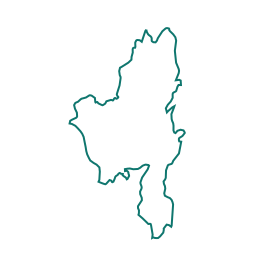 Gelderland, Natural Earth projection, rotated 279°
{"feature_id": "NLD-896", "entity_name": "Gelderland", "entity_type": "Province", "adm_level": 1, "iso_a3": "NLD", "parent_name": "Netherlands", "parent_adm1": "", "projection": "natural_earth1", "projection_center": [5.899, 52.128], "detail": "fine", "context": "isolated", "style": "outline", "palette": "teal", "viewbox_px": 256, "rotation_deg": 279, "n_neighbors": 0, "source": "natural_earth", "source_scale": "10m", "svg_char_len": 3560}
<svg xmlns="http://www.w3.org/2000/svg" viewBox="0 0 256 256"><g transform="rotate(279 128 128)"><path d="M228.1,130.8L227.4,130.9L225.6,131.7L223.6,133.3L223.0,134.2L222.0,136.1L221.1,137.0L219.7,137.5L218.5,137.6L217.5,138.0L216.7,139.6L216.9,141.8L218.8,142.9L221.3,143.4L228.9,146.8L231.9,149.3L232.5,150.0L232.8,151.0L232.7,152.8L232.1,153.3L231.2,153.4L230.3,154.2L227.6,158.0L225.0,160.6L221.8,161.9L211.6,162.2L200.0,165.3L194.3,168.8L192.4,169.5L190.1,169.5L182.6,167.8L183.6,171.1L183.1,172.6L178.7,173.6L178.4,171.2L176.5,170.4L172.1,169.8L171.5,169.3L170.2,167.5L169.4,166.9L168.4,166.8L164.8,167.4L160.9,166.1L157.2,163.7L153.4,162.3L149.5,164.0L150.9,164.9L155.3,168.5L156.8,170.4L155.0,170.1L152.2,169.5L148.5,168.7L143.7,169.7L142.1,170.4L139.7,171.9L137.4,172.6L132.7,173.3L130.8,174.4L130.4,175.7L133.0,177.3L134.5,180.2L134.3,183.2L132.5,184.7L132.3,184.7L131.9,184.8L128.9,183.2L128.5,182.9L126.5,180.6L125.9,180.1L125.6,180.0L125.0,180.0L123.9,180.2L122.8,180.7L122.8,182.7L110.8,182.3L102.7,177.8L100.5,177.3L99.4,176.7L98.0,173.8L97.3,173.2L92.1,172.2L84.7,173.1L83.0,172.7L80.8,171.5L78.5,172.2L76.3,173.6L73.9,174.3L69.2,174.0L66.9,175.0L65.9,177.9L65.3,180.4L63.8,182.3L61.7,183.6L59.5,184.5L38.3,186.4L37.2,186.1L38.5,183.7L38.6,181.3L34.3,179.0L33.0,179.3L30.2,179.2L25.9,176.6L24.1,175.0L23.8,173.8L23.7,173.0L23.6,171.5L23.9,170.3L23.9,170.0L23.2,169.1L26.6,169.0L35.5,166.0L36.7,165.4L36.8,165.1L36.8,164.6L36.6,163.9L36.4,163.1L40.5,157.3L41.0,156.6L43.9,151.9L45.6,152.1L48.4,151.7L50.5,150.4L52.3,150.1L58.8,153.0L61.2,152.5L64.6,150.4L67.1,149.9L70.2,150.8L71.5,150.8L72.6,150.4L74.9,149.1L76.3,148.8L81.3,149.7L90.2,153.9L94.1,154.7L94.6,154.0L94.6,151.6L94.5,150.9L94.2,150.3L93.8,149.6L93.0,148.3L90.6,146.2L89.1,144.2L88.1,139.7L88.3,136.1L88.0,135.2L87.9,134.4L86.9,131.4L85.0,131.8L85.5,132.9L85.5,133.5L85.3,134.0L84.8,134.8L84.4,135.2L83.9,135.4L83.4,135.5L83.0,135.6L81.8,136.3L80.8,136.6L77.5,135.4L77.3,135.1L77.1,134.8L78.0,134.2L78.6,133.7L78.9,133.2L79.6,131.6L80.5,130.1L81.8,130.1L81.8,129.7L81.7,129.2L81.7,128.2L82.2,127.3L82.3,126.8L82.0,126.4L81.1,125.6L80.1,125.2L79.7,124.8L78.6,123.6L77.8,123.1L75.4,122.7L72.7,122.0L72.0,121.0L72.1,120.7L72.3,120.5L73.1,120.0L73.5,119.4L73.7,117.9L69.5,115.2L68.9,114.4L69.1,112.7L69.6,110.2L70.3,107.3L72.3,107.8L80.5,107.0L84.6,105.9L86.9,102.7L88.1,99.5L90.0,95.8L92.5,93.9L95.6,91.8L98.7,90.4L102.7,89.1L107.8,87.2L112.2,85.6L115.1,83.7L117.3,81.6L119.9,78.4L121.9,75.7L123.2,72.0L123.3,69.6L124.9,69.7L126.1,69.8L127.5,71.5L130.0,75.2L130.7,75.7L131.7,75.9L135.2,75.1L138.8,72.6L142.2,71.2L143.6,71.7L144.4,72.0L145.2,73.0L146.0,74.4L148.1,76.1L148.9,76.7L149.7,77.6L150.7,79.9L151.6,81.8L154.0,84.5L154.2,84.9L154.4,85.3L154.3,87.0L152.5,90.6L148.7,91.6L148.3,91.8L148.1,92.0L148.7,93.0L148.8,93.7L147.7,94.9L146.7,98.2L146.5,99.2L146.8,99.8L148.0,101.1L148.6,101.7L151.0,102.5L153.1,106.8L153.0,108.0L152.8,108.5L153.0,109.0L153.5,109.2L154.8,109.7L155.4,110.1L155.6,110.8L155.1,111.7L155.1,111.9L155.1,112.1L155.3,112.4L155.6,112.8L156.5,113.5L156.9,113.6L157.2,113.5L158.0,112.5L159.1,111.8L159.5,111.7L160.6,111.8L168.7,113.0L176.0,112.9L177.2,112.7L178.9,111.6L182.8,110.4L186.3,110.7L187.0,111.6L187.1,111.8L192.6,118.1L196.0,120.7L198.8,120.4L203.2,120.9L206.5,120.3L207.2,120.4L207.8,120.6L208.2,121.3L208.4,121.9L208.4,122.4L208.9,122.5L209.3,122.6L213.4,121.8L214.4,122.0L215.5,122.4L215.9,122.6L216.2,123.0L216.4,123.6L216.5,125.1L216.5,125.9L215.3,128.1L226.7,130.0L228.0,130.8L228.1,130.8Z" fill="none" stroke="#0f766e" stroke-width="2"/></g></svg>